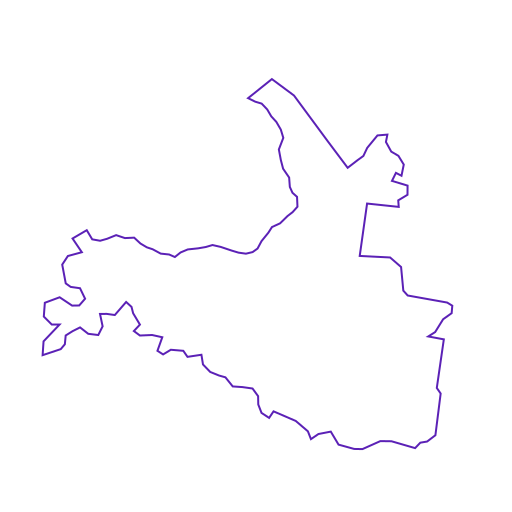 São Valentim, Rio Grande do Sul, Brazil, rotated 8°
{"feature_id": "56859067B73841069656023", "entity_name": "São Valentim", "entity_type": "district", "adm_level": 2, "iso_a3": "BRA", "parent_name": "Brazil", "parent_adm1": "Rio Grande do Sul", "projection": "orthographic", "projection_center": [-52.582, -27.536], "detail": "fine", "context": "isolated", "style": "outline", "palette": "violet", "viewbox_px": 512, "rotation_deg": 8, "n_neighbors": 0, "source": "geoboundaries", "source_scale": "gbopen_adm2", "svg_char_len": 1937}
<svg xmlns="http://www.w3.org/2000/svg" viewBox="0 0 512 512"><g transform="rotate(8 256 256)"><path d="M389.6,144.9L383.1,137.0L375.4,133.8L368.8,125.0L369.2,117.5L359.5,119.7L351.1,133.4L348.4,142.0L343.2,147.0L334.5,155.9L311.4,132.7L271.3,91.8L247.1,78.6L226.2,100.8L233.8,103.3L240.4,104.3L246.7,109.3L251.7,115.6L257.5,120.4L263.0,127.4L266.6,135.2L263.8,147.3L267.2,157.4L270.7,165.8L277.9,173.7L279.9,182.9L283.3,188.3L288.4,191.7L290.2,201.4L286.2,207.4L281.7,212.0L275.3,220.3L267.8,225.1L265.0,231.2L259.4,240.5L256.5,248.4L252.1,252.6L245.7,255.1L238.2,255.1L231.0,254.0L219.7,251.9L211.4,251.2L205.0,254.1L197.5,256.5L187.5,259.0L180.8,263.0L175.8,268.3L169.8,266.6L161.3,266.9L152.7,263.7L146.7,262.6L139.8,259.7L132.8,254.8L123.7,256.5L114.6,254.8L106.1,259.7L99.5,262.6L91.5,262.3L84.8,254.0L71.9,264.2L83.0,276.5L69.7,282.2L65.3,291.5L71.4,309.6L76.8,312.4L86.2,312.4L92.7,322.1L87.8,329.6L80.8,330.7L67.3,324.2L53.4,331.7L54.3,345.5L63.3,352.3L71.0,351.2L57.5,370.1L58.5,383.9L75.6,375.4L79.0,370.0L78.6,361.2L84.9,355.9L91.7,351.2L100.7,356.4L110.8,356.2L113.9,347.0L109.6,335.1L116.2,334.1L124.4,334.1L133.8,319.6L139.8,323.7L142.3,329.8L150.6,340.1L145.5,347.3L152.1,350.9L164.1,348.7L174.5,349.5L171.6,363.6L177.7,366.4L184.7,360.7L197.2,360.0L202.2,365.4L215.7,361.4L218.6,370.8L226.8,377.2L236.0,379.5L242.6,380.4L251.1,388.4L260.8,387.7L271.0,387.7L277.6,394.5L278.9,402.7L283.3,410.6L291.5,414.5L295.0,407.4L318.3,413.8L331.8,422.4L335.9,429.7L342.6,423.6L354.5,419.5L364.0,431.3L380.1,433.4L388.3,432.4L404.9,422.0L415.9,420.6L440.3,424.1L444.7,418.0L451.3,415.9L458.6,408.5L458.0,366.5L453.4,361.5L453.6,312.4L437.8,311.7L444.0,306.4L450.1,292.6L457.7,285.4L457.3,277.9L451.8,275.5L411.7,274.0L406.7,269.8L401.2,246.7L389.0,238.8L358.7,241.5L358.7,188.6L390.5,187.5L389.1,181.1L397.5,174.3L396.3,165.2L380.2,162.7L383.0,154.2L388.9,156.3L389.6,144.9Z" fill="none" stroke="#5b21b6" stroke-width="2"/></g></svg>